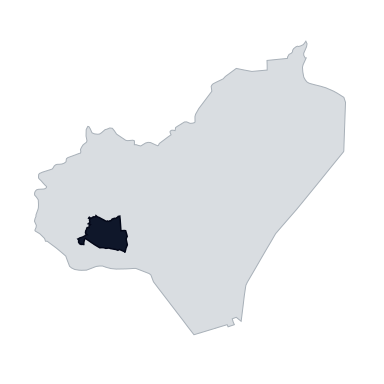 Al-Hatra, Ninawa, Iraq shown in context, rotated 266°
{"feature_id": "34846034B76064773860715", "entity_name": "Al-Hatra", "entity_type": "district", "adm_level": 2, "iso_a3": "IRQ", "parent_name": "Iraq", "parent_adm1": "Ninawa", "projection": "equal_earth", "projection_center": [42.575, 35.589], "detail": "fine", "context": "in_parent", "style": "filled", "palette": "ink", "viewbox_px": 384, "rotation_deg": 266, "n_neighbors": 0, "source": "geoboundaries", "source_scale": "gbopen_adm2", "svg_char_len": 5942}
<svg xmlns="http://www.w3.org/2000/svg" viewBox="0 0 384 384"><g transform="rotate(266 192 192)"><path d="M153.1,42.4L155.9,41.7L161.0,37.2L163.9,33.0L164.9,32.6L167.6,34.0L169.5,34.4L173.9,32.8L176.5,33.6L178.7,34.7L179.9,34.7L185.8,37.3L187.3,37.7L190.4,38.0L194.9,38.1L197.8,36.4L199.9,34.8L201.3,34.8L202.8,35.2L203.9,35.9L205.0,37.1L205.4,38.9L205.3,44.5L205.7,46.0L206.6,47.1L207.6,47.3L208.8,46.1L211.0,44.3L213.6,42.4L215.6,40.6L216.7,39.9L218.5,40.0L220.2,40.3L221.2,41.2L221.2,41.4L222.2,44.1L224.6,54.0L225.9,55.3L227.5,56.3L228.6,57.8L229.0,59.3L228.9,61.6L229.0,64.2L229.6,66.3L230.5,67.9L231.3,68.6L232.5,68.7L234.0,69.1L235.0,70.6L238.3,82.0L238.6,83.5L239.9,83.9L242.1,83.7L244.3,84.9L246.7,86.7L249.0,90.2L250.5,90.8L255.2,90.2L261.6,90.8L264.7,92.6L264.4,93.7L262.1,94.9L258.0,96.4L256.8,98.8L256.2,102.0L256.3,103.8L257.4,105.8L260.3,109.7L260.5,111.1L261.1,113.0L261.6,114.4L261.1,117.0L258.5,118.8L255.0,120.8L248.2,129.5L247.7,131.4L247.8,136.6L247.1,138.1L244.9,138.0L243.2,137.8L243.1,139.6L242.1,142.0L241.5,144.1L244.1,149.1L244.6,151.7L244.2,154.1L241.9,158.3L240.5,161.0L240.8,161.7L242.7,162.8L248.6,171.9L250.5,175.1L252.9,174.3L253.8,174.3L254.5,174.9L255.0,175.9L255.0,177.3L254.4,179.4L257.5,180.2L258.7,182.3L262.4,189.4L262.3,191.6L260.6,194.9L260.6,197.2L261.0,199.2L261.6,199.9L267.0,200.2L269.3,201.0L274.9,204.7L281.3,210.3L286.6,214.9L291.1,218.8L295.9,218.5L297.2,219.2L298.4,220.5L299.8,223.7L302.7,231.0L305.0,233.4L308.7,239.3L312.2,244.8L310.1,252.3L308.1,260.1L308.3,270.1L308.4,275.5L312.9,275.8L318.0,276.0L318.2,282.5L318.4,289.0L318.6,296.5L320.1,296.8L322.5,298.4L323.5,300.8L324.9,302.1L326.4,302.3L328.0,303.5L329.5,305.7L330.1,307.3L329.7,308.4L330.1,310.4L331.2,313.2L332.5,314.5L334.5,316.1L331.8,317.1L328.9,316.4L322.6,313.1L320.6,313.0L317.9,314.2L317.8,315.3L311.2,311.7L308.8,310.9L307.9,310.9L304.2,310.9L298.8,311.5L295.6,313.0L293.5,314.6L292.5,316.2L292.1,317.0L290.5,321.6L288.6,327.5L286.6,332.8L282.7,340.3L280.5,343.7L275.8,350.1L270.7,351.4L258.7,350.1L245.4,348.7L232.2,347.3L222.3,346.3L221.6,346.0L211.8,336.8L204.1,329.6L194.4,320.6L184.6,311.4L174.7,302.1L167.5,295.3L158.8,286.6L150.9,278.7L144.6,272.5L136.6,267.1L130.4,262.8L121.3,256.6L114.0,251.7L107.8,247.5L98.3,241.0L95.1,239.2L85.2,237.0L75.8,235.2L66.1,233.3L59.6,232.0L63.9,227.4L62.7,223.3L59.5,224.0L56.7,225.0L55.0,218.6L57.2,217.8L55.3,209.4L53.3,200.8L51.4,192.5L49.5,184.0L57.7,178.5L63.9,174.5L72.5,168.8L80.8,163.3L88.7,158.1L97.3,152.4L105.1,147.3L112.1,145.2L113.6,143.6L116.9,136.6L119.7,130.6L119.8,129.2L119.9,120.8L120.4,110.9L121.3,105.7L122.9,101.0L124.4,97.6L124.6,94.4L124.4,91.2L122.9,86.3L121.4,81.3L121.6,76.4L121.9,73.8L122.9,69.6L124.6,66.6L126.4,64.7L133.0,62.7L136.9,61.6L142.2,56.2L145.3,53.0L149.7,47.9L152.9,44.2L153.1,42.9L153.1,42.4Z" fill="#d9dde1" stroke="#a8b0b8" stroke-width="1"/><path d="M136.2,120.9L136.3,120.9L138.2,121.5L139.2,121.8L139.8,122.0L140.5,122.2L142.3,123.1L143.7,123.8L144.1,123.8L147.3,123.3L149.1,123.1L149.5,123.0L149.8,123.0L152.2,124.2L152.3,124.3L152.7,124.2L154.3,123.9L157.1,123.3L158.0,123.1L158.2,122.3L158.3,121.1L158.3,119.8L158.3,118.4L160.2,118.4L160.7,118.4L160.9,118.4L161.4,118.4L162.9,118.4L163.4,118.4L164.5,118.4L165.0,118.4L165.4,118.4L168.8,118.4L169.3,118.4L173.0,118.3L172.9,117.8L172.9,117.3L172.7,116.5L172.1,116.2L171.7,115.3L171.3,114.6L171.0,114.0L171.0,113.6L171.1,113.1L171.2,112.5L171.1,112.3L170.8,112.0L170.7,111.9L170.7,110.8L170.6,110.6L170.5,110.4L169.6,109.7L169.2,109.2L169.0,108.7L169.0,108.2L168.9,107.7L168.5,106.9L168.6,106.5L168.7,106.3L168.7,106.1L169.0,105.7L168.7,104.4L169.4,103.3L170.3,102.0L171.5,100.0L172.2,98.9L172.9,97.9L173.1,97.5L173.7,96.1L173.8,96.0L174.1,95.6L174.4,95.3L174.8,94.9L175.1,94.6L174.8,94.5L174.6,94.5L174.6,94.4L174.3,94.4L174.2,94.5L174.1,94.4L174.0,93.6L174.0,93.1L174.0,92.8L174.1,92.5L174.1,92.3L174.1,92.1L173.9,91.9L173.9,91.6L173.9,91.4L173.5,91.2L173.5,90.8L173.4,90.4L173.2,90.2L172.8,89.8L172.8,89.4L172.9,89.2L173.0,89.0L173.3,88.7L173.9,87.9L174.0,87.8L173.6,87.4L173.3,87.2L173.0,87.0L172.9,87.2L172.6,87.5L172.3,88.0L172.1,88.1L172.0,88.3L171.7,88.1L171.2,87.9L170.9,87.8L170.6,87.8L169.8,88.0L169.5,88.0L169.3,88.0L169.2,88.0L169.0,87.9L168.8,87.8L168.4,87.6L168.0,87.0L167.8,86.6L167.7,86.4L167.5,86.2L167.3,86.6L167.2,87.0L167.1,87.4L166.9,88.0L166.6,88.5L166.3,88.2L165.8,87.4L165.5,87.0L165.1,87.0L164.5,86.9L163.7,86.6L163.9,85.8L163.8,85.1L163.8,84.9L163.3,84.7L162.7,84.4L162.3,84.2L161.4,83.9L161.0,83.6L160.7,83.3L160.4,83.3L160.2,83.2L159.9,83.1L159.5,83.1L159.3,83.1L159.2,83.0L158.9,83.0L158.8,82.9L158.4,83.0L158.2,83.0L157.8,83.3L157.3,83.7L157.2,83.8L156.8,84.2L156.8,83.8L156.7,83.3L156.5,83.0L156.4,82.8L156.3,82.6L156.1,82.5L155.8,82.2L155.7,82.1L154.8,80.0L154.7,79.7L154.5,79.0L154.4,78.6L154.3,78.2L154.2,77.6L154.0,76.8L153.8,76.4L153.3,75.6L153.0,75.1L153.0,74.9L152.8,75.0L152.6,75.4L152.4,75.4L152.2,75.3L151.9,75.5L151.7,75.9L151.6,76.0L151.4,76.1L151.2,75.9L151.1,75.7L150.9,75.6L150.7,75.6L150.3,75.4L150.1,75.3L149.9,75.4L149.6,75.5L149.4,75.7L149.2,75.8L148.9,75.9L148.7,76.0L148.4,76.1L148.1,76.4L148.0,76.6L147.9,76.8L148.1,77.0L147.8,77.3L147.5,77.5L147.4,77.7L147.4,77.9L147.6,78.0L147.8,78.0L147.8,78.3L147.6,78.6L147.4,79.1L147.3,79.6L147.2,80.1L147.2,80.4L147.6,80.4L147.9,80.4L148.4,80.5L149.1,80.5L149.3,80.6L149.6,80.6L149.9,80.8L150.4,80.9L150.6,80.9L151.2,81.2L151.9,81.4L152.4,81.6L153.0,82.5L152.8,82.8L151.2,84.9L149.7,86.8L148.6,88.1L147.7,89.4L146.5,90.8L145.6,92.1L144.6,93.5L143.5,95.1L142.8,96.1L142.8,97.6L142.7,99.1L142.7,99.3L142.6,99.8L142.4,100.7L142.2,101.1L141.9,101.7L141.8,102.1L141.9,105.3L141.6,106.0L141.3,106.7L141.1,107.2L141.0,107.9L140.5,109.6L140.4,110.1L140.2,110.9L140.0,111.8L140.0,112.0L139.7,112.6L139.4,113.1L139.0,114.0L139.7,115.5L139.3,116.4L138.8,117.5L138.3,118.4L137.7,119.5L137.3,120.5L136.6,120.7L136.4,120.8L136.2,120.9Z" fill="#0f172a" stroke="#020617" stroke-width="1.5"/></g></svg>